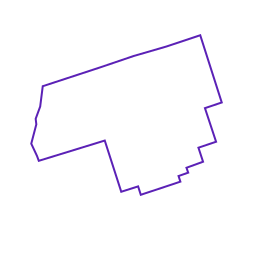 Woodford, Illinois, United States of America, rotated 343°
{"feature_id": "52423323B31485685808908", "entity_name": "Woodford", "entity_type": "district", "adm_level": 2, "iso_a3": "USA", "parent_name": "United States of America", "parent_adm1": "Illinois", "projection": "orthographic", "projection_center": [-89.225, 40.761], "detail": "fine", "context": "isolated", "style": "outline", "palette": "violet", "viewbox_px": 256, "rotation_deg": 343, "n_neighbors": 0, "source": "geoboundaries", "source_scale": "gbopen_adm2", "svg_char_len": 462}
<svg xmlns="http://www.w3.org/2000/svg" viewBox="0 0 256 256"><g transform="rotate(343 128 128)"><path d="M224.2,60.4L188.6,61.3L154.3,60.8L118.8,61.9L58.7,63.1L50.3,81.8L42.4,92.2L41.4,97.7L30.9,114.7L32.8,128.1L33.1,133.3L102.1,133.2L102.9,187.0L120.6,186.8L120.7,195.6L155.9,194.8L162.4,194.6L162.3,188.7L172.5,188.3L172.3,183.1L189.9,182.2L189.6,167.4L208.2,166.9L207.4,131.5L225.1,131.0L224.2,60.4Z" fill="none" stroke="#5b21b6" stroke-width="2"/></g></svg>